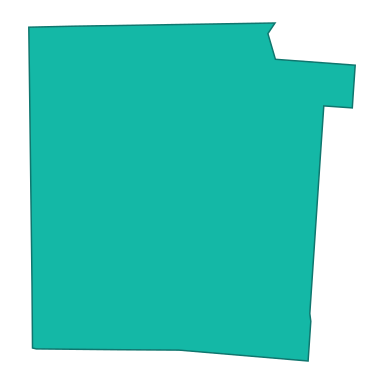 Montgomery, Ohio, United States of America
{"feature_id": "52423323B48095289602104", "entity_name": "Montgomery", "entity_type": "district", "adm_level": 2, "iso_a3": "USA", "parent_name": "United States of America", "parent_adm1": "Ohio", "projection": "orthographic", "projection_center": [-84.235, 39.75], "detail": "fine", "context": "isolated", "style": "filled", "palette": "teal", "viewbox_px": 384, "rotation_deg": 0, "n_neighbors": 0, "source": "geoboundaries", "source_scale": "gbopen_adm2", "svg_char_len": 358}
<svg xmlns="http://www.w3.org/2000/svg" viewBox="0 0 384 384"><path d="M353.2,94.0L355.2,65.2L275.4,59.3L267.9,33.6L275.0,23.0L73.5,26.2L28.8,27.2L29.9,113.5L32.0,283.3L32.5,348.0L36.3,348.9L118.6,349.7L178.9,350.1L308.1,361.0L310.8,321.3L309.8,313.6L320.8,149.6L323.8,105.9L352.3,107.9L353.2,94.0Z" fill="#14b8a6" stroke="#0f766e" stroke-width="1.5"/></svg>